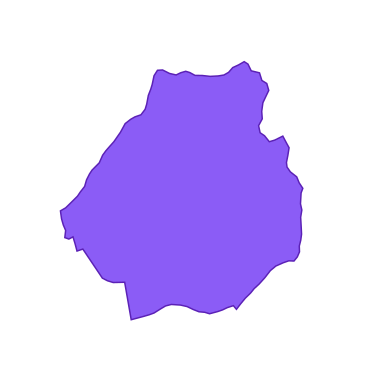 outline of Ribeirão do Sul, São Paulo, Brazil, rotated 17°
{"feature_id": "56859067B13844960730737", "entity_name": "Ribeirão do Sul", "entity_type": "district", "adm_level": 2, "iso_a3": "BRA", "parent_name": "Brazil", "parent_adm1": "São Paulo", "projection": "natural_earth1", "projection_center": [-49.921, -22.748], "detail": "fine", "context": "isolated", "style": "filled", "palette": "violet", "viewbox_px": 384, "rotation_deg": 17, "n_neighbors": 0, "source": "geoboundaries", "source_scale": "gbopen_adm2", "svg_char_len": 1551}
<svg xmlns="http://www.w3.org/2000/svg" viewBox="0 0 384 384"><g transform="rotate(17 192 192)"><path d="M71.7,248.5L75.1,255.8L78.6,261.2L82.4,265.7L83.7,272.8L88.0,273.0L91.3,269.7L95.2,275.5L99.3,282.1L104.3,278.5L131.5,300.6L137.1,301.6L143.1,301.6L154.0,298.0L171.2,331.9L182.1,325.1L187.0,321.9L191.1,318.8L196.2,312.9L200.0,308.7L205.1,305.6L214.0,303.5L220.8,303.0L227.4,304.0L233.7,304.5L239.4,303.3L244.4,303.3L251.6,298.8L255.7,295.8L259.5,292.3L264.8,288.6L268.8,291.2L271.1,285.0L274.0,278.0L277.6,271.4L279.7,266.2L283.1,260.4L286.7,252.7L289.9,244.3L293.8,238.3L299.8,233.1L304.7,229.5L309.7,228.2L311.7,223.3L312.3,217.8L310.4,212.3L310.1,206.3L309.1,200.3L307.3,195.3L303.3,184.4L302.3,177.1L299.2,171.6L296.6,161.0L296.9,156.1L291.8,151.9L287.7,146.9L280.2,144.0L275.6,140.4L273.7,136.2L273.0,129.2L271.9,121.3L268.0,117.5L262.5,112.0L255.8,118.3L251.2,121.3L244.9,117.0L239.8,115.4L236.3,109.1L237.8,101.5L235.1,94.5L233.7,85.9L234.8,78.4L235.7,72.4L231.8,66.4L226.2,64.9L221.7,58.3L213.2,58.8L208.1,53.3L203.8,52.1L199.4,56.8L194.6,61.1L192.0,66.9L188.3,70.8L183.0,73.4L175.6,76.1L167.7,77.6L160.8,79.6L154.9,78.4L150.7,78.4L146.4,81.2L142.6,84.7L135.8,85.2L128.2,83.9L123.4,85.7L121.7,91.9L122.5,100.8L122.5,105.7L122.0,112.3L123.0,121.3L123.0,126.6L120.6,133.1L115.5,136.8L112.1,140.4L108.1,146.1L106.1,155.8L102.6,166.7L100.2,171.9L97.6,177.7L95.8,182.9L94.8,191.2L90.0,200.3L88.7,204.8L87.6,211.2L87.7,218.1L85.2,224.6L83.7,229.5L79.2,237.9L75.8,244.1L71.7,248.5Z" fill="#8b5cf6" stroke="#5b21b6" stroke-width="1.5"/></g></svg>